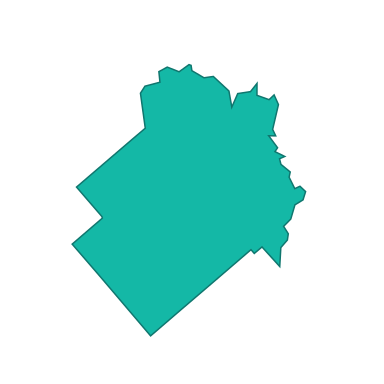 Montgomery, Alabama, United States of America (Robinson projection), rotated 50°
{"feature_id": "52423323B92545989664473", "entity_name": "Montgomery", "entity_type": "district", "adm_level": 2, "iso_a3": "USA", "parent_name": "United States of America", "parent_adm1": "Alabama", "projection": "robinson", "projection_center": [-86.22, 32.233], "detail": "fine", "context": "isolated", "style": "filled", "palette": "teal", "viewbox_px": 384, "rotation_deg": 50, "n_neighbors": 0, "source": "geoboundaries", "source_scale": "gbopen_adm2", "svg_char_len": 820}
<svg xmlns="http://www.w3.org/2000/svg" viewBox="0 0 384 384"><g transform="rotate(50 192 192)"><path d="M112.2,109.4L99.0,114.1L94.4,111.3L92.5,112.4L91.6,124.6L80.4,130.7L78.5,140.0L87.3,146.0L80.7,160.0L83.2,168.0L113.1,186.8L113.2,202.8L113.2,203.3L114.0,277.3L153.0,276.8L154.4,277.5L154.9,317.3L198.5,316.7L275.6,316.2L275.1,277.1L274.7,234.8L274.1,183.9L279.1,183.8L279.1,173.7L305.5,172.7L291.7,159.7L290.1,149.8L285.9,145.1L277.2,143.9L276.2,133.7L268.0,121.4L269.4,112.0L264.7,104.7L257.0,105.6L255.5,111.1L243.1,108.1L239.8,103.9L228.0,106.1L222.8,103.6L224.4,98.1L214.4,102.5L213.1,98.0L198.2,97.1L202.8,91.8L195.9,90.0L180.6,69.6L170.4,66.7L170.8,73.6L159.7,80.1L150.6,72.4L152.7,82.7L146.0,93.7L152.6,107.0L138.4,98.8L117.2,101.4L112.2,109.4Z" fill="#14b8a6" stroke="#0f766e" stroke-width="1.5"/></g></svg>